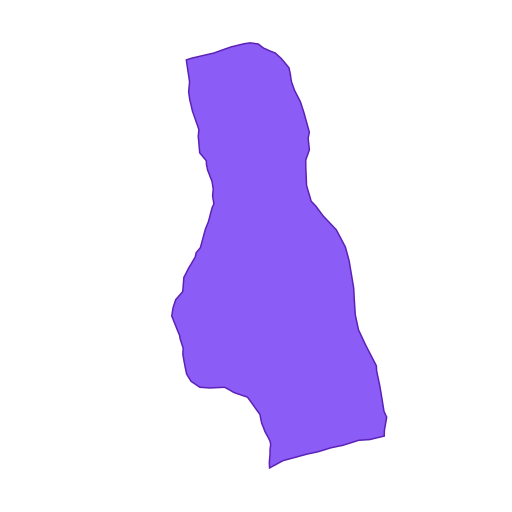 Obi, Nassarawa, Nigeria, rotated 258°
{"feature_id": "59680162B90915593246984", "entity_name": "Obi", "entity_type": "district", "adm_level": 2, "iso_a3": "NGA", "parent_name": "Nigeria", "parent_adm1": "Nassarawa", "projection": "mercator", "projection_center": [8.77, 8.367], "detail": "fine", "context": "isolated", "style": "filled", "palette": "violet", "viewbox_px": 512, "rotation_deg": 258, "n_neighbors": 0, "source": "geoboundaries", "source_scale": "gbopen_adm2", "svg_char_len": 2401}
<svg xmlns="http://www.w3.org/2000/svg" viewBox="0 0 512 512"><g transform="rotate(258 256 256)"><path d="M421.8,327.0L426.4,327.4L433.2,327.4L440.2,323.8L444.2,321.6L445.7,320.5L450.6,317.0L452.9,313.4L454.1,311.6L456.1,309.0L457.7,306.7L461.5,303.5L462.9,302.3L464.4,298.2L465.7,294.6L466.1,288.5L465.9,281.9L465.7,275.1L465.0,269.5L463.6,259.1L463.3,257.3L463.2,251.3L463.2,250.3L463.0,240.0L462.9,234.5L462.6,231.6L462.3,228.6L456.0,228.2L451.3,227.9L445.5,227.6L440.1,227.2L430.4,224.2L429.9,224.2L428.7,224.1L425.6,223.9L422.4,223.7L419.0,223.8L416.1,223.9L412.3,223.9L410.4,224.0L407.6,224.4L402.9,225.0L401.1,225.2L398.2,225.6L395.8,225.9L391.5,226.4L385.1,224.4L382.7,224.1L381.0,223.9L378.3,223.6L374.5,223.1L368.6,222.4L361.4,226.2L359.4,227.2L355.5,226.5L352.8,226.6L350.1,226.5L346.1,227.2L343.3,227.6L340.5,228.1L338.1,228.5L330.5,228.1L325.3,226.5L323.7,226.0L321.5,225.9L318.6,225.8L315.7,225.6L312.5,223.2L307.1,220.4L302.8,218.3L299.0,216.3L294.5,213.2L293.0,212.2L290.5,210.9L279.6,205.3L275.7,203.3L271.7,198.2L267.7,196.4L263.7,192.7L261.8,191.0L259.4,188.7L258.1,187.5L253.2,183.6L250.1,181.0L242.0,178.6L236.4,176.9L233.2,172.6L231.8,170.9L231.6,170.5L231.2,170.0L230.0,168.4L225.5,165.8L222.4,164.0L219.0,162.7L214.7,161.1L212.2,161.6L210.3,161.9L207.5,162.4L204.5,162.9L198.1,164.0L193.9,164.8L191.8,164.6L190.5,164.6L187.6,164.9L181.0,165.6L175.0,164.0L169.6,163.8L166.8,163.7L165.0,163.7L162.1,163.6L160.2,163.6L157.6,163.6L155.0,163.6L151.5,164.8L146.9,166.4L142.6,170.6L139.3,173.7L137.2,181.0L136.5,183.4L135.4,190.3L134.4,196.2L134.2,197.4L134.1,198.0L131.1,201.6L128.9,204.0L127.3,205.7L125.6,208.4L122.1,214.3L119.7,218.3L113.0,221.3L109.1,223.0L105.6,224.5L100.4,226.8L100.2,226.9L94.2,226.8L91.1,226.8L86.7,227.6L83.6,228.1L83.2,228.1L82.2,228.3L75.3,230.4L71.5,231.3L68.3,231.1L63.9,229.5L59.5,228.6L51.3,226.1L45.9,225.2L50.2,239.8L51.6,264.2L51.6,275.9L52.8,289.2L52.8,301.9L54.4,318.1L52.8,329.0L53.2,344.0L58.6,345.3L71.1,350.3L77.5,348.9L87.4,349.4L95.9,349.8L103.6,350.1L118.4,350.1L119.8,350.3L123.6,350.9L145.8,344.8L162.5,340.9L178.0,340.9L195.1,343.4L200.0,344.2L204.3,344.9L231.9,346.1L246.2,345.3L264.9,340.0L281.4,329.9L292.2,325.0L298.2,321.3L301.9,321.1L314.3,320.1L331.5,323.0L339.5,324.6L348.8,330.3L360.4,331.5L366.0,333.9L386.1,332.7L397.7,331.5L409.8,328.2L418.2,327.0L421.8,327.0Z" fill="#8b5cf6" stroke="#5b21b6" stroke-width="1.5"/></g></svg>